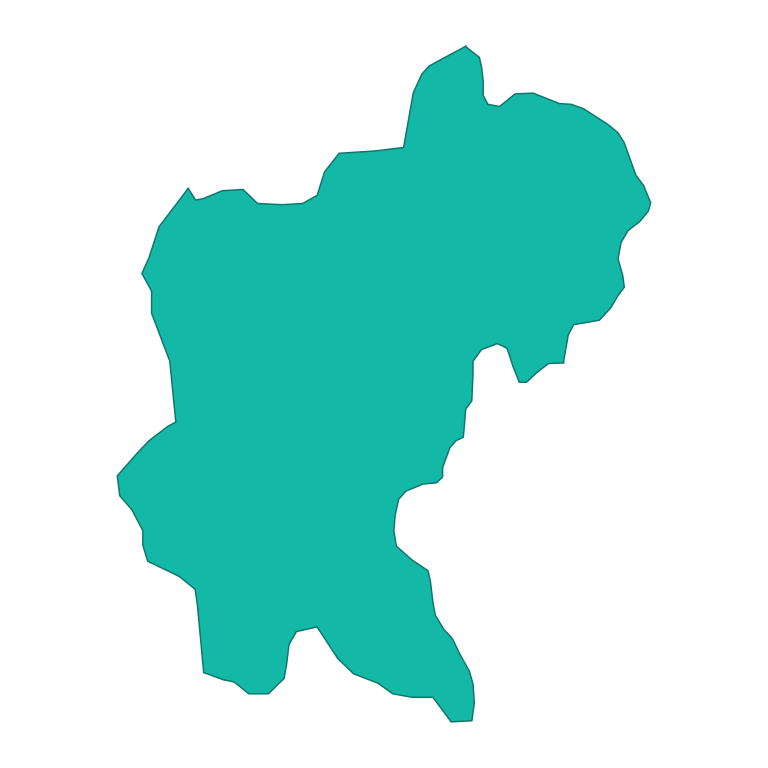 Pyeongchang-gun, Gangwon, South Korea (Robinson projection)
{"feature_id": "91817680B93219729656421", "entity_name": "Pyeongchang-gun", "entity_type": "district", "adm_level": 2, "iso_a3": "KOR", "parent_name": "South Korea", "parent_adm1": "Gangwon", "projection": "robinson", "projection_center": [128.515, 37.533], "detail": "fine", "context": "isolated", "style": "filled", "palette": "teal", "viewbox_px": 768, "rotation_deg": 0, "n_neighbors": 0, "source": "geoboundaries", "source_scale": "gbopen_adm2", "svg_char_len": 1656}
<svg xmlns="http://www.w3.org/2000/svg" viewBox="0 0 768 768"><path d="M466.0,46.1L429.2,65.9L421.9,74.0L413.3,92.7L403.6,147.5L374.4,151.0L339.1,153.3L324.5,172.0L317.2,195.3L302.6,203.5L281.9,204.7L257.6,203.5L243.0,189.5L222.3,190.7L202.8,198.8L195.5,200.0L188.2,188.3L178.5,201.2L159.0,226.8L149.2,257.2L141.9,273.5L143.5,276.4L151.6,291.1L151.6,313.3L169.8,361.2L175.8,422.0L167.3,426.7L149.0,440.7L136.8,453.6L117.3,475.8L119.7,495.7L131.9,509.8L142.9,530.8L142.8,544.9L146.1,556.0L147.7,561.3L159.9,567.1L179.4,576.5L195.2,589.4L197.6,607.0L203.7,672.6L223.2,679.7L234.2,682.0L248.8,693.8L268.3,693.8L284.1,678.5L286.6,664.4L289.0,644.5L296.4,631.6L317.1,626.9L337.8,658.6L353.6,673.8L378.0,683.2L392.7,693.8L412.2,697.3L432.9,697.3L451.2,721.9L471.9,720.7L474.3,703.1L473.1,684.4L469.5,671.5L459.7,653.9L452.4,638.6L443.8,629.3L435.3,615.2L432.9,602.3L430.4,581.2L428.0,570.7L412.2,560.1L396.3,546.1L393.9,530.8L395.1,515.6L398.7,499.2L406.1,491.0L423.1,484.0L436.5,482.8L442.6,477.0L442.6,467.6L449.9,447.7L456.0,440.7L463.3,437.2L464.5,424.3L465.7,409.1L471.8,400.9L473.0,374.0L473.0,361.2L481.6,349.5L497.4,343.6L507.1,348.3L513.2,367.0L519.3,382.2L526.6,382.2L536.4,372.9L548.5,363.5L563.8,362.9L563.5,362.1L568.2,335.1L573.6,324.7L586.9,322.4L599.4,320.2L611.0,307.5L618.0,295.5L624.3,287.3L622.7,275.3L618.0,258.9L621.1,242.4L628.1,230.5L639.8,221.5L648.4,211.1L650.7,202.8L643.7,185.7L635.9,175.2L624.1,142.4L617.9,132.7L607.8,124.4L583.6,108.8L571.2,104.3L559.5,103.6L533.0,93.1L515.1,93.9L499.5,106.5L487.9,104.3L483.2,95.4L483.2,81.2L481.6,67.0L479.3,57.3L466.0,46.9L466.0,46.1Z" fill="#14b8a6" stroke="#0f766e" stroke-width="1.5"/></svg>